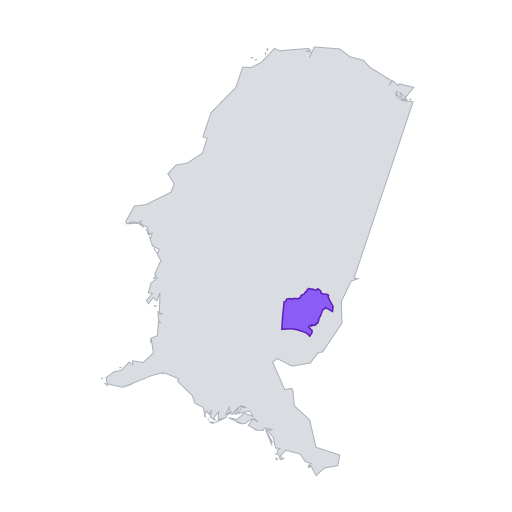 location of Wisconsin within United States of America, rotated 95°
{"feature_id": "USA-3553", "entity_name": "Wisconsin", "entity_type": "State", "adm_level": 1, "iso_a3": "USA", "parent_name": "United States of America", "parent_adm1": "", "projection": "albers", "projection_center": [-89.863, 44.9], "detail": "fine", "context": "in_parent", "style": "filled", "palette": "violet", "viewbox_px": 512, "rotation_deg": 95, "n_neighbors": 0, "source": "natural_earth", "source_scale": "10m", "svg_char_len": 7633}
<svg xmlns="http://www.w3.org/2000/svg" viewBox="0 0 512 512"><g transform="rotate(95 256 256)"><path d="M414.6,188.2L441.3,179.7L447.0,155.1L457.7,156.3L461.4,169.7L469.6,177.0L460.2,183.0L460.3,185.6L457.8,183.0L456.6,189.0L449.4,194.7L446.9,209.4L452.9,214.1L455.9,212.6L454.5,210.3L455.7,211.2L456.7,214.0L448.0,218.1L445.6,215.4L445.6,219.8L435.2,223.0L428.2,230.1L428.5,226.8L427.4,225.0L426.6,232.7L429.1,233.6L429.4,239.9L425.4,248.9L418.7,245.0L421.3,239.4L418.0,243.6L420.5,248.8L423.5,251.6L424.5,255.0L419.6,269.1L420.4,260.7L413.6,254.0L416.0,245.3L410.9,248.6L414.7,260.3L408.8,257.5L407.0,258.2L408.2,254.2L407.9,253.1L406.5,256.3L406.8,258.8L415.6,262.1L414.2,264.5L409.9,261.0L408.4,260.5L413.7,264.7L415.9,265.4L415.2,268.6L412.3,266.7L416.9,270.6L416.1,271.4L413.8,269.4L408.6,269.1L415.5,272.4L419.5,271.6L425.2,281.9L420.4,274.1L422.3,279.4L414.6,279.5L420.9,284.0L423.3,282.0L420.7,287.5L413.2,286.9L418.0,288.8L414.5,291.9L419.3,293.0L411.3,295.4L408.1,304.0L400.6,307.3L387.3,323.5L385.1,322.2L380.7,336.0L380.6,339.3L384.0,349.1L398.5,377.3L396.2,393.2L390.3,394.8L383.6,387.1L381.8,380.3L372.7,373.1L375.2,369.3L371.2,369.8L372.0,359.3L361.6,349.8L346.9,353.2L344.0,347.3L329.4,347.4L331.2,345.0L328.7,347.4L322.1,348.7L322.0,344.1L320.9,347.4L301.0,348.4L309.4,350.7L306.5,355.0L313.0,359.1L309.7,361.3L302.5,355.8L302.0,360.1L292.1,358.2L286.6,352.6L283.2,355.3L268.9,350.5L260.1,356.0L262.4,354.5L257.9,352.7L255.1,359.9L245.9,363.9L248.0,362.7L242.3,361.4L244.1,364.1L237.0,366.6L233.6,374.4L230.6,372.9L233.1,375.3L232.9,382.7L235.3,387.5L233.0,388.8L216.9,381.5L214.4,370.2L199.9,346.3L191.4,343.8L181.7,351.0L172.3,343.5L169.5,332.7L158.3,318.4L142.9,314.9L141.9,319.3L117.2,313.3L89.7,290.7L69.0,285.7L68.8,277.5L62.7,267.6L47.6,255.7L49.5,250.5L44.7,221.9L46.1,219.6L47.7,223.8L47.9,218.1L54.0,220.1L42.7,216.1L42.4,190.6L49.2,180.1L51.7,166.0L58.1,159.0L69.8,135.8L74.5,138.6L69.5,135.0L73.8,129.2L71.9,128.4L74.3,113.5L85.4,121.1L80.1,127.2L86.1,123.8L83.3,129.6L79.8,129.8L81.8,131.0L85.0,129.5L88.3,123.7L88.8,113.0L269.4,156.4L269.7,152.5L272.9,159.1L293.8,167.0L315.4,164.5L345.6,181.2L347.1,185.8L357.9,192.6L362.6,210.5L356.3,225.8L360.3,230.2L386.6,215.7L384.7,209.0L386.9,207.5L401.8,204.8L414.6,188.2ZM439.0,225.4L443.4,223.6L428.1,231.3L440.4,223.3L439.0,225.4ZM87.4,119.2L87.4,123.7L87.1,124.2L86.0,120.4L87.4,119.2ZM235.1,386.2L233.5,379.5L234.0,375.8L233.9,379.7L235.1,386.2ZM461.4,183.2L461.9,185.3L461.1,185.1L461.4,183.2ZM286.7,354.6L287.1,356.1L285.5,354.8L286.7,354.6ZM52.0,264.1L54.3,264.0L54.3,264.3L52.0,264.1ZM50.1,262.7L49.0,263.4L48.6,262.2L50.1,262.7ZM452.2,217.4L451.3,219.0L450.9,218.8L452.2,217.4ZM235.6,372.5L234.0,375.3L237.6,369.9L235.6,372.5ZM394.1,368.0L396.9,373.5L393.7,367.5L394.1,368.0ZM60.5,272.5L60.8,274.4L60.3,272.6L60.5,272.5ZM397.3,393.9L395.6,396.0L398.3,391.8L397.3,393.9ZM426.5,285.5L425.0,288.1L425.6,282.3L426.5,285.5ZM87.0,115.4L86.6,116.5L86.1,115.7L87.0,115.4ZM244.1,365.3L240.8,366.4L244.2,364.9L244.1,365.3ZM456.7,216.9L456.9,218.4L455.5,218.4L456.7,216.9ZM58.9,276.7L58.9,278.8L58.5,276.8L58.9,276.7ZM239.9,367.4L238.5,368.1L239.8,367.0L239.9,367.4ZM424.2,257.6L422.8,261.1L424.3,256.4L424.2,257.6ZM259.1,357.2L256.9,358.3L260.0,356.4L259.1,357.2ZM381.3,337.5L381.1,340.0L380.8,338.3L381.3,337.5ZM420.1,293.2L419.5,293.8L421.1,291.7L420.1,293.2ZM352.2,352.4L349.8,353.8L348.8,353.6L352.2,352.4ZM321.2,348.3L320.7,348.7L319.3,348.7L321.2,348.3ZM379.0,380.8L379.5,382.5L378.6,380.5L379.0,380.8ZM314.8,351.8L314.5,353.4L314.3,350.6L314.8,351.8ZM391.9,398.7L390.4,399.0L392.4,398.3L391.9,398.7ZM429.2,241.1L428.6,242.8L429.3,240.4L429.2,241.1ZM423.6,288.8L422.9,289.5L422.7,289.5L423.6,288.8Z" fill="#d9dde1" stroke="#a8b0b8" stroke-width="1"/><path d="M327.5,193.5L328.2,193.9L328.5,194.0L328.9,194.2L329.2,194.4L329.6,194.6L329.9,194.8L330.1,194.9L330.4,195.0L330.6,195.1L330.8,195.3L331.1,195.4L331.3,195.5L330.9,196.0L330.5,196.3L330.0,196.8L329.6,197.2L329.4,197.6L328.9,198.1L328.7,198.6L328.4,199.1L328.1,199.7L327.9,200.4L327.5,201.7L327.2,202.6L327.0,203.6L326.8,204.6L326.6,205.5L326.3,206.7L326.1,207.7L325.9,208.7L325.8,209.7L325.6,210.8L325.6,211.6L325.5,212.8L325.5,213.8L325.5,214.8L325.5,215.3L325.7,216.3L325.8,217.5L326.0,218.8L326.2,219.8L326.3,220.7L326.5,221.7L326.6,222.5L326.8,223.9L325.1,223.9L323.7,224.0L320.8,224.1L319.5,224.1L310.1,224.2L307.4,224.1L299.3,224.0L299.4,223.8L299.4,223.7L299.2,223.3L299.1,223.1L299.0,222.7L298.9,222.6L298.7,222.5L298.2,222.3L296.9,222.1L296.6,221.9L296.4,221.8L296.3,221.6L296.0,221.1L296.0,220.9L296.0,220.5L296.0,220.3L295.9,220.2L295.7,219.9L295.6,219.7L295.6,219.0L295.5,218.9L295.5,218.4L295.5,218.0L295.4,217.3L295.5,217.0L295.9,216.4L296.1,216.1L296.1,215.7L295.9,215.5L295.3,215.2L295.2,215.1L295.1,214.7L294.9,214.3L294.9,214.2L294.9,213.8L294.9,213.6L294.9,213.3L294.9,213.0L294.9,212.9L294.9,212.6L294.9,212.2L295.0,211.6L295.0,211.4L295.0,211.2L294.9,211.1L294.8,210.9L294.7,210.7L294.7,210.2L294.7,209.7L294.6,209.4L294.1,209.2L293.9,208.9L293.9,208.7L293.7,208.4L293.4,208.4L292.9,208.0L292.1,208.0L292.0,207.9L291.9,207.9L291.1,207.1L290.8,206.9L290.7,206.7L290.2,205.6L289.9,205.1L288.8,204.1L288.4,203.9L287.6,203.7L287.4,203.6L287.2,203.0L287.0,202.7L286.7,202.5L286.5,202.4L285.3,202.2L285.0,202.0L285.0,201.9L284.9,201.7L284.3,201.1L283.9,200.8L283.7,200.6L284.0,200.0L284.0,199.7L284.0,199.2L284.2,198.9L284.2,198.5L284.1,198.0L284.0,197.5L283.9,197.3L284.0,197.2L284.3,197.0L284.3,196.8L284.3,196.6L284.2,196.3L284.2,196.2L284.2,195.9L284.3,195.4L284.3,195.2L284.5,194.9L284.7,194.7L284.8,194.3L285.0,194.0L285.0,193.8L285.0,193.6L284.9,193.4L284.7,193.1L284.6,192.9L284.5,192.5L284.5,192.4L284.2,192.3L283.8,192.3L283.5,192.2L283.4,191.8L283.5,191.0L283.5,190.9L283.6,190.7L284.2,190.2L284.4,189.9L284.4,189.6L284.7,189.0L284.9,188.8L285.2,188.7L285.3,188.6L285.7,188.4L285.9,188.4L286.0,188.3L286.0,188.2L286.3,188.0L286.5,188.0L286.8,187.7L287.1,187.6L287.4,187.7L287.5,187.6L287.5,187.4L287.7,187.2L287.8,187.1L287.9,186.8L288.1,181.2L288.3,181.2L288.5,181.2L288.7,180.8L288.8,180.7L289.0,180.6L289.1,180.3L289.2,180.2L289.3,180.2L290.4,180.6L294.0,178.6L294.7,178.1L298.3,175.7L299.0,175.3L299.7,174.8L300.9,174.8L302.1,174.9L302.7,174.9L304.6,175.0L304.0,176.3L302.6,179.4L301.8,181.2L301.6,181.6L301.3,182.2L301.4,182.4L301.4,182.5L301.5,182.6L301.8,182.5L302.0,182.7L302.2,182.8L302.3,182.8L302.5,182.9L302.6,183.0L302.8,183.2L303.3,184.4L303.3,184.6L303.6,184.8L304.2,185.0L305.1,185.2L308.2,186.0L309.2,186.3L309.6,186.4L310.5,186.7L311.1,187.0L312.5,187.8L312.8,187.8L313.0,187.9L313.3,187.8L313.5,187.9L313.7,188.0L313.9,188.1L314.0,188.1L314.3,188.0L314.5,188.0L314.6,187.9L314.8,187.9L314.9,188.0L315.0,188.1L315.3,188.1L315.5,188.2L315.8,188.2L316.1,188.4L316.3,188.4L316.5,188.4L316.8,188.5L317.0,188.5L317.4,188.7L317.5,188.7L317.6,188.8L317.9,189.3L317.9,189.5L317.7,189.8L317.7,190.0L317.8,190.1L318.0,190.3L318.3,190.3L318.5,190.2L318.6,190.3L318.8,190.5L319.2,190.5L319.3,190.5L319.5,190.8L319.8,191.0L320.0,191.2L320.0,191.3L319.9,191.5L320.1,191.9L320.1,192.0L320.1,192.3L319.9,192.4L319.9,192.5L320.0,192.8L320.0,193.1L320.0,193.3L319.9,193.4L319.9,193.5L319.6,193.7L319.6,193.8L319.6,194.0L319.5,194.4L319.5,194.5L319.8,194.7L320.0,194.6L320.3,194.6L320.9,194.3L321.0,194.3L321.1,194.5L321.0,194.9L321.0,195.0L320.8,195.4L320.7,195.8L320.6,196.3L320.8,196.6L321.0,196.7L321.0,196.8L321.2,197.0L321.6,197.2L322.0,197.3L322.4,197.4L322.8,197.4L322.9,196.9L323.0,196.1L323.7,195.7L324.1,195.2L324.5,194.9L324.7,194.5L324.9,194.1L325.2,193.6L325.6,193.6L326.4,193.6L327.5,193.5Z" fill="#8b5cf6" stroke="#5b21b6" stroke-width="1.5"/></g></svg>